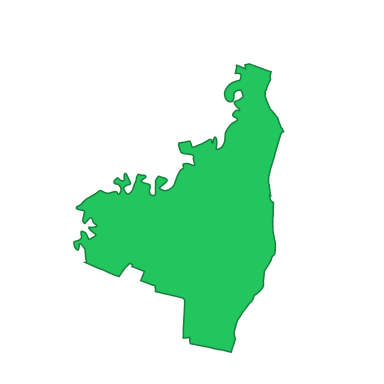 the district of Falciu, Vaslui, Romania, rotated 202°
{"feature_id": "2599482B69317802049960", "entity_name": "Falciu", "entity_type": "district", "adm_level": 2, "iso_a3": "ROU", "parent_name": "Romania", "parent_adm1": "Vaslui", "projection": "natural_earth1", "projection_center": [28.123, 46.28], "detail": "fine", "context": "isolated", "style": "filled", "palette": "green", "viewbox_px": 384, "rotation_deg": 202, "n_neighbors": 0, "source": "geoboundaries", "source_scale": "gbopen_adm2", "svg_char_len": 6042}
<svg xmlns="http://www.w3.org/2000/svg" viewBox="0 0 384 384"><g transform="rotate(202 192 192)"><path d="M196.3,318.1L195.5,318.6L192.8,319.5L191.9,319.7L191.1,319.4L190.1,318.4L189.7,316.7L189.4,314.5L189.6,313.5L193.2,310.8L196.0,308.0L197.5,305.5L198.8,301.9L199.2,298.4L199.0,296.4L198.8,295.6L197.6,293.5L196.3,291.6L194.1,290.2L192.5,289.6L190.3,289.9L188.8,290.8L188.2,291.9L188.2,293.9L189.1,296.4L189.2,297.1L189.8,298.4L189.9,299.4L189.3,301.4L188.4,302.6L187.6,303.3L185.7,304.4L184.9,304.6L183.5,303.8L180.9,300.7L180.5,299.7L180.5,299.0L180.7,298.4L181.8,296.5L182.6,295.6L183.5,294.2L185.9,292.3L186.5,291.2L186.3,290.5L185.1,289.3L181.9,287.5L179.4,286.8L178.6,286.2L178.4,285.8L178.5,285.5L178.8,285.2L179.2,285.0L181.0,284.7L181.9,283.8L182.5,282.7L183.1,280.8L183.3,280.0L183.2,278.9L182.8,278.2L181.6,277.5L178.1,277.2L177.2,276.6L176.9,276.2L176.9,275.9L177.2,275.1L178.0,273.8L180.1,271.2L181.4,268.7L181.8,267.6L182.5,265.0L183.0,261.8L183.1,259.8L183.0,258.6L181.0,252.6L180.7,251.0L180.5,247.9L181.0,245.5L182.0,243.3L183.0,242.2L184.0,241.3L184.8,240.8L185.7,241.0L185.9,241.3L186.2,242.9L187.6,247.4L188.0,248.2L189.4,250.6L190.5,251.4L191.4,251.5L191.9,249.1L191.0,246.2L191.0,245.4L191.4,245.1L192.4,245.4L192.8,247.1L193.5,247.6L194.5,247.7L195.4,247.3L195.8,247.0L196.3,246.1L200.5,240.8L202.3,239.0L203.6,237.9L207.1,234.3L207.9,233.8L208.7,233.6L212.1,237.7L212.7,238.2L213.2,238.4L218.6,234.8L222.1,232.8L222.4,232.5L222.5,232.1L222.4,231.5L221.7,229.9L217.3,224.8L216.9,224.6L215.2,224.4L214.3,224.5L205.8,226.6L204.8,226.4L203.9,226.0L203.3,223.4L201.2,220.3L200.4,219.4L199.7,218.4L199.6,218.0L200.4,217.1L205.3,217.0L207.9,216.4L209.7,215.3L210.6,214.5L210.7,214.1L210.4,213.4L208.8,211.2L208.9,210.5L210.3,208.9L210.9,207.8L211.2,205.9L211.6,202.5L211.3,192.0L211.5,190.8L212.2,188.4L214.6,185.2L217.0,183.4L218.0,182.9L220.2,182.7L222.7,183.0L223.3,183.3L223.6,183.5L223.4,184.3L219.8,191.1L219.3,193.0L219.8,194.1L222.1,194.7L223.0,194.7L226.3,194.2L227.9,194.3L229.0,194.0L229.2,193.5L229.8,191.4L229.9,188.3L228.2,184.6L227.7,182.9L225.3,177.1L225.1,175.6L225.9,174.5L226.8,174.1L228.8,173.8L230.9,175.1L232.2,177.8L232.6,180.9L233.5,182.7L233.8,182.9L237.0,182.8L239.7,182.4L242.4,182.6L243.2,183.0L243.4,183.5L243.1,184.3L240.8,187.5L240.5,188.0L240.5,188.6L240.6,189.1L240.9,189.4L242.2,189.7L245.8,188.5L248.1,188.5L248.5,188.3L248.6,187.9L248.8,187.1L248.9,184.7L248.2,182.3L248.2,175.9L247.9,171.6L248.6,168.6L249.0,167.8L250.4,166.1L251.8,166.0L253.5,166.8L255.4,168.2L256.6,169.5L256.9,170.8L256.4,172.0L254.5,174.4L252.5,175.6L252.1,176.8L252.4,177.4L258.9,183.5L260.1,184.2L260.6,184.2L261.0,184.1L261.4,183.5L261.3,182.9L260.6,180.6L259.4,178.5L259.3,177.7L259.3,177.2L259.8,176.6L261.5,176.0L262.7,176.1L265.8,177.2L266.6,177.0L267.9,174.4L268.3,172.7L267.8,171.5L267.2,171.0L266.6,170.9L265.6,170.9L264.3,171.4L262.9,171.3L261.6,170.7L259.8,169.4L259.0,168.4L258.3,166.8L258.4,163.4L258.9,162.7L259.5,162.3L260.2,162.7L260.9,163.4L261.7,163.8L263.1,163.7L264.3,163.1L269.1,159.4L272.3,158.7L276.9,159.2L278.1,158.6L278.9,157.5L280.5,154.7L281.7,152.9L287.2,146.1L289.4,141.6L289.6,140.5L290.1,139.3L290.9,137.8L293.2,135.3L293.4,134.5L293.1,133.6L291.6,133.1L285.3,134.2L284.9,134.1L284.3,133.5L284.1,132.7L282.8,124.9L282.3,124.2L280.6,122.9L279.7,122.6L279.4,123.0L277.9,127.4L277.1,129.3L276.5,130.0L275.7,130.3L274.8,130.0L272.4,127.1L270.2,126.0L268.4,125.7L268.0,125.5L267.7,125.1L267.6,124.7L268.1,124.0L269.8,122.6L272.3,121.4L274.0,121.0L274.3,120.6L274.2,119.9L273.5,119.4L271.0,118.2L265.4,116.6L265.0,116.0L265.4,114.7L269.1,110.0L269.9,109.5L270.3,109.7L271.1,110.6L274.9,114.0L276.2,114.4L277.7,114.5L279.0,114.4L279.8,114.2L279.9,113.9L279.9,113.4L279.5,112.3L279.0,111.2L277.7,109.5L277.4,107.8L277.5,107.1L278.2,105.7L279.3,104.5L280.7,103.3L282.5,102.0L282.7,101.1L282.6,100.8L280.6,97.6L279.3,96.4L277.9,95.6L276.4,95.2L275.8,95.7L275.7,96.5L276.1,98.7L276.8,100.8L276.7,101.6L276.5,101.9L275.6,102.1L274.4,101.7L269.7,98.8L265.5,90.3L263.7,88.3L263.6,87.9L263.7,87.5L264.8,86.7L252.7,86.3L247.7,86.3L245.4,86.5L239.6,86.1L230.8,86.0L227.7,86.4L227.6,87.7L227.4,89.2L225.6,96.6L223.0,102.5L219.9,102.4L219.7,100.3L219.1,100.5L206.4,100.5L206.3,90.6L193.6,90.9L192.6,91.2L191.0,91.2L190.7,91.0L190.6,89.9L190.2,89.5L189.6,88.6L189.0,87.3L188.8,86.2L188.4,86.1L187.4,86.0L186.0,86.5L181.2,87.1L176.7,87.9L164.0,89.9L163.3,89.8L161.0,90.4L158.3,89.1L158.1,88.6L156.5,84.4L154.9,79.6L154.0,77.5L153.3,75.1L151.5,70.0L149.2,63.1L145.3,53.2L140.6,55.8L139.4,56.2L138.1,52.7L136.7,50.8L114.3,55.1L114.1,54.8L110.1,55.6L109.3,55.6L105.8,56.7L95.7,58.1L95.9,61.0L96.2,63.3L96.2,67.6L96.6,69.3L96.6,71.7L96.7,72.0L98.2,73.8L100.5,77.5L101.2,84.8L101.6,85.4L101.6,89.9L101.7,90.7L101.1,93.1L99.7,100.8L97.8,107.1L97.2,109.8L95.8,112.8L95.2,116.4L95.6,119.3L94.3,121.1L92.2,125.0L90.6,129.5L90.7,132.3L92.6,136.6L94.0,141.9L94.4,143.0L95.2,145.7L93.1,158.0L93.5,161.5L93.4,162.1L92.4,164.4L92.2,165.4L92.2,166.0L92.8,168.6L93.5,170.3L93.9,171.8L95.6,175.8L96.6,177.2L101.9,185.4L103.1,187.8L104.0,190.2L104.6,191.2L106.9,197.0L107.4,197.1L107.5,197.4L107.4,198.8L107.8,200.3L109.4,204.2L112.6,212.8L114.7,213.0L116.5,214.1L118.8,217.8L117.6,217.9L122.4,225.9L122.3,226.5L124.2,228.7L125.7,232.1L126.7,235.4L127.8,242.4L128.9,255.6L129.6,260.5L131.4,279.7L130.9,280.7L129.6,282.3L130.2,282.7L131.9,284.4L133.9,285.5L134.9,286.8L136.6,288.3L137.0,289.1L137.6,289.5L139.4,291.8L140.6,293.0L142.3,293.8L143.6,294.8L145.1,295.4L145.1,295.5L145.7,295.7L146.9,296.5L149.0,297.6L150.7,298.2L151.6,299.5L153.5,300.8L153.8,301.6L154.6,302.2L156.0,303.8L157.1,304.5L157.5,305.3L159.3,307.2L160.5,308.8L160.6,310.0L161.0,311.0L161.3,311.7L161.8,312.3L161.4,315.0L161.5,315.8L161.8,317.7L161.6,319.4L161.8,320.6L161.6,323.2L161.3,324.6L161.4,326.0L162.8,328.3L163.3,329.9L163.2,330.6L163.4,330.9L163.7,333.2L164.3,333.2L164.8,332.9L186.9,332.2L190.5,329.8L188.6,326.2L193.7,326.4L198.1,326.3L198.0,325.5L197.3,324.1L196.3,318.1Z" fill="#22c55e" stroke="#15803d" stroke-width="1.5"/></g></svg>